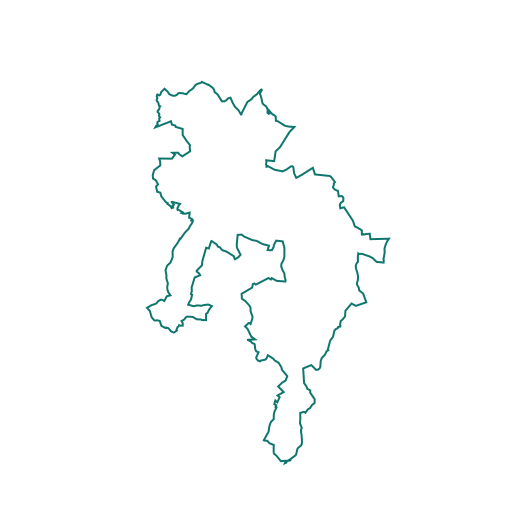 El Roble, Sucre, Colombia (Albers equal-area conic projection), rotated 237°
{"feature_id": "7082276B3034597933819", "entity_name": "El Roble", "entity_type": "district", "adm_level": 2, "iso_a3": "COL", "parent_name": "Colombia", "parent_adm1": "Sucre", "projection": "albers", "projection_center": [-75.136, 9.08], "detail": "fine", "context": "isolated", "style": "outline", "palette": "teal", "viewbox_px": 512, "rotation_deg": 237, "n_neighbors": 0, "source": "geoboundaries", "source_scale": "gbopen_adm2", "svg_char_len": 6129}
<svg xmlns="http://www.w3.org/2000/svg" viewBox="0 0 512 512"><g transform="rotate(237 256 256)"><path d="M157.1,323.3L166.3,325.4L170.9,323.8L173.4,324.9L177.3,325.2L178.5,326.1L180.1,328.1L183.1,330.4L187.1,332.0L191.2,333.1L193.7,334.5L195.1,336.6L195.6,338.4L199.5,340.7L202.5,343.2L201.5,343.7L199.8,346.3L193.9,350.9L190.8,352.7L185.4,353.9L181.0,359.4L182.6,360.7L184.3,361.4L185.4,362.7L189.0,365.9L192.1,367.7L194.9,370.9L197.0,374.2L198.1,376.9L207.8,361.1L212.7,363.5L214.5,360.3L215.0,358.5L216.0,356.9L216.3,357.3L216.7,356.7L219.9,358.7L224.3,356.7L227.0,355.0L232.9,356.5L248.9,356.4L250.1,352.7L253.4,354.3L254.4,356.0L254.5,359.0L256.7,360.7L257.6,361.0L259.5,360.6L261.0,357.9L265.9,360.2L268.9,358.2L271.4,357.9L272.0,358.2L272.9,359.7L274.2,360.5L274.8,361.7L274.9,362.5L281.2,362.1L282.9,361.5L292.3,349.9L299.0,351.7L299.1,339.1L299.6,332.3L304.5,333.0L310.0,335.6L311.4,335.5L312.1,334.1L311.9,328.4L312.5,324.4L318.3,318.5L325.1,314.8L324.9,313.7L325.1,313.4L326.0,314.1L327.3,314.2L329.0,315.9L330.7,316.7L325.7,322.9L333.1,329.5L334.2,335.4L341.8,351.8L343.3,358.4L347.0,353.6L349.6,351.1L356.9,347.8L358.6,346.3L362.2,348.5L364.9,347.7L365.6,347.0L371.5,346.1L370.4,345.1L368.9,344.8L369.3,344.5L368.7,344.0L369.9,343.6L371.5,345.0L373.8,345.9L376.1,345.9L379.4,344.7L380.7,344.7L387.7,347.3L389.6,347.5L390.3,348.0L392.0,351.3L392.6,351.3L392.7,349.9L391.2,344.9L390.9,340.2L389.9,337.7L389.9,332.7L383.5,321.7L382.7,320.9L382.8,320.5L387.9,320.7L392.4,319.6L397.3,319.9L402.7,320.8L403.4,318.2L402.8,316.1L402.9,313.8L404.3,311.6L411.6,311.8L413.6,311.5L415.7,310.6L418.5,311.4L420.7,311.3L425.5,309.5L425.5,309.2L431.5,305.4L431.2,304.3L432.3,300.5L432.4,298.4L430.8,294.2L430.7,290.1L429.6,285.7L432.4,283.1L434.2,280.9L434.8,279.4L434.3,277.9L434.4,275.8L435.2,274.2L436.4,273.0L439.0,271.4L442.0,271.4L446.1,270.4L445.1,265.7L444.0,264.5L443.4,263.2L443.4,262.2L445.0,261.5L445.1,260.9L443.9,259.6L442.1,259.3L441.3,257.9L440.3,257.3L437.9,257.6L434.8,256.5L433.8,257.2L433.4,256.3L431.7,254.6L431.5,253.0L430.5,251.9L429.5,252.2L427.5,252.2L426.6,251.1L425.7,250.8L424.6,251.2L424.0,249.6L421.8,248.6L422.1,246.6L421.1,245.5L419.7,245.2L419.6,243.3L418.7,241.6L415.3,258.1L412.0,257.0L409.3,259.4L407.9,259.0L402.5,263.7L397.4,260.4L390.4,260.5L384.9,261.0L383.8,259.9L379.7,257.7L379.7,248.4L383.4,247.0L385.1,246.9L388.0,242.2L385.1,243.2L383.4,238.5L390.5,227.9L387.5,227.1L384.1,225.1L383.4,217.2L379.9,213.3L376.9,211.8L374.8,213.0L373.6,213.2L369.4,212.8L368.7,210.0L363.7,208.1L361.2,210.3L358.0,209.1L351.4,209.6L349.9,209.8L348.5,210.7L347.9,210.1L344.4,211.5L342.1,211.3L341.7,212.9L343.4,213.2L343.7,215.0L347.1,214.7L347.1,215.1L341.1,220.6L340.4,218.6L339.3,216.7L338.4,215.7L337.3,215.4L336.9,216.2L332.7,218.3L332.6,217.1L331.9,217.8L331.4,217.7L329.9,219.9L328.5,224.0L324.6,220.8L321.7,222.5L321.0,222.6L320.8,222.2L321.3,221.4L321.0,221.0L319.6,222.1L318.1,219.6L317.0,216.7L315.6,214.7L314.3,209.0L311.3,201.4L311.3,201.1L311.7,201.1L309.7,197.6L307.3,191.2L305.5,188.7L300.7,185.7L299.1,183.7L297.0,180.4L296.3,176.2L293.3,172.3L288.6,170.4L286.2,168.7L280.9,167.1L278.8,165.0L276.2,163.4L273.2,162.7L269.6,162.8L270.8,159.3L268.2,154.6L270.3,153.5L271.2,152.4L271.4,149.3L270.6,147.1L270.6,145.3L271.6,142.0L271.9,136.4L267.6,137.0L261.5,135.1L257.6,135.6L256.8,136.2L255.7,138.4L253.9,139.9L248.9,138.6L244.8,140.9L244.6,141.2L244.9,141.6L243.6,142.9L242.2,143.4L239.3,143.6L236.5,145.4L236.6,149.1L237.4,149.1L239.1,151.5L239.1,152.6L239.8,153.8L239.2,154.1L237.5,156.6L239.6,158.0L242.0,158.1L241.8,161.0L242.8,163.8L242.8,164.7L242.3,165.9L239.3,169.8L235.1,171.9L232.9,175.1L231.7,175.8L229.4,179.2L234.7,182.6L234.7,184.4L236.5,187.3L238.1,191.7L241.3,189.5L243.0,186.1L244.0,183.1L246.6,179.8L247.8,176.4L252.1,172.6L253.5,174.7L255.0,177.9L258.3,181.3L259.4,180.7L261.8,183.3L264.5,184.7L271.4,192.9L270.3,198.7L272.3,198.8L275.3,197.8L276.0,198.3L277.6,205.5L281.1,208.4L290.1,218.7L288.0,220.5L292.8,226.5L292.8,226.9L286.8,229.4L284.7,229.1L283.1,230.4L279.2,230.9L276.0,233.5L267.7,237.4L266.4,236.7L264.7,236.6L264.6,240.3L265.4,243.7L273.2,244.5L275.7,245.8L283.7,252.1L281.8,255.6L278.9,256.6L271.4,261.5L268.3,264.8L262.4,268.0L257.6,272.5L254.7,269.0L253.0,271.1L252.3,272.7L254.2,276.0L255.5,277.0L257.9,281.3L253.8,286.3L247.4,284.3L240.1,279.5L237.7,277.0L235.7,273.2L233.6,271.5L229.9,270.6L225.9,270.3L222.7,268.6L219.7,267.7L218.6,266.7L223.9,259.8L228.9,257.1L228.2,255.7L230.7,254.5L232.1,240.4L233.9,239.6L234.1,238.0L231.6,235.5L232.1,223.3L227.8,220.9L224.1,222.5L218.6,223.4L216.0,223.4L212.4,221.3L207.0,220.0L205.4,218.7L201.9,214.4L203.4,213.8L203.8,213.2L202.9,208.5L199.4,209.2L191.0,208.1L186.6,209.8L190.1,203.6L189.8,203.5L187.4,205.0L184.9,205.5L183.2,206.8L182.4,206.7L178.5,204.7L176.6,204.3L175.7,204.4L173.9,205.7L170.8,200.9L169.3,200.4L167.0,200.8L165.5,201.9L165.7,203.0L164.0,207.4L164.3,209.0L166.3,211.9L160.4,214.6L158.1,214.8L154.2,216.8L148.9,216.7L146.4,215.8L138.2,216.8L135.4,213.0L135.6,209.2L134.5,203.5L126.8,205.1L127.3,198.1L124.7,198.9L121.7,194.2L124.3,193.5L121.7,190.6L119.8,191.7L118.6,190.1L117.8,190.7L115.5,186.8L113.2,184.5L109.5,182.0L108.8,178.5L108.1,177.2L106.0,174.5L101.9,171.0L97.2,162.2L96.8,162.3L94.9,164.8L91.6,165.3L87.9,168.0L82.9,164.6L80.6,163.4L77.3,164.4L70.4,165.1L68.0,169.5L66.6,167.6L66.6,168.3L66.2,168.4L66.3,168.8L66.8,168.9L66.9,172.3L66.3,172.3L65.9,173.3L66.1,173.8L66.9,173.8L67.3,180.7L68.0,181.9L71.6,185.6L72.1,186.6L72.6,190.8L73.3,191.9L75.3,193.5L81.0,196.7L83.8,197.9L85.8,199.2L86.8,200.7L91.8,201.8L95.0,204.3L100.3,207.6L99.2,211.3L97.7,212.0L99.1,215.9L99.1,218.5L100.5,221.8L100.8,225.0L103.9,227.2L111.9,227.0L113.7,228.3L116.7,226.7L119.6,227.3L123.2,227.1L136.0,234.3L134.4,243.0L127.7,244.4L126.9,246.3L127.1,248.1L128.0,249.6L132.5,252.9L134.6,255.5L135.6,259.9L137.7,263.4L137.6,265.3L138.4,265.3L144.6,272.1L146.3,276.6L150.6,281.0L151.3,283.4L150.9,285.0L151.8,286.3L150.9,288.2L151.6,288.9L152.7,289.2L155.3,291.6L155.7,294.3L156.7,297.4L157.1,298.0L161.3,301.1L164.1,310.2L159.8,312.6L157.1,323.3Z" fill="none" stroke="#0f766e" stroke-width="2"/></g></svg>